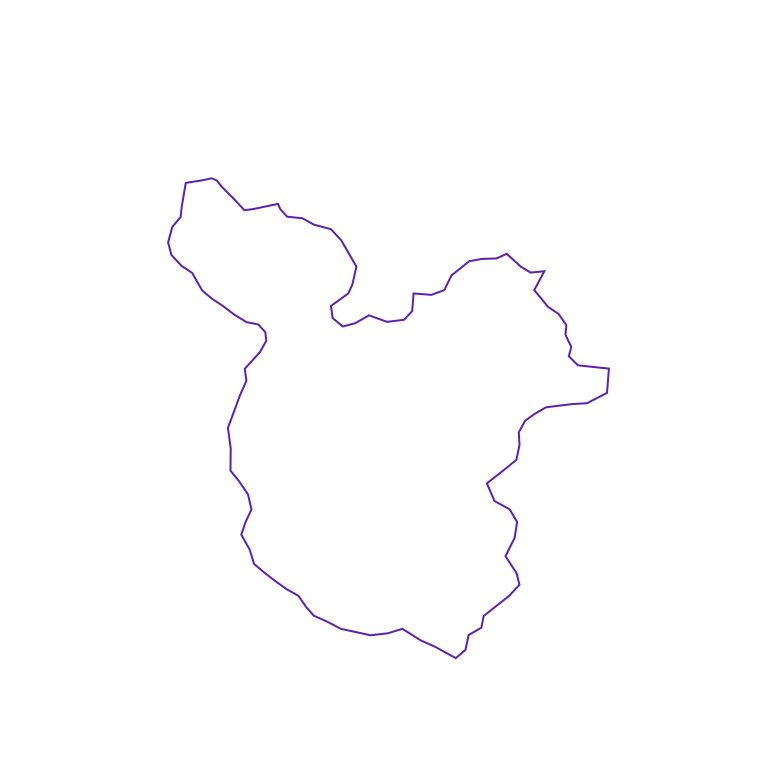 the district of Hapcheon-gun, South Gyeongsang, South Korea, rotated 330°
{"feature_id": "91817680B92973690121395", "entity_name": "Hapcheon-gun", "entity_type": "district", "adm_level": 2, "iso_a3": "KOR", "parent_name": "South Korea", "parent_adm1": "South Gyeongsang", "projection": "albers", "projection_center": [128.156, 35.595], "detail": "fine", "context": "isolated", "style": "outline", "palette": "violet", "viewbox_px": 768, "rotation_deg": 330, "n_neighbors": 0, "source": "geoboundaries", "source_scale": "gbopen_adm2", "svg_char_len": 1558}
<svg xmlns="http://www.w3.org/2000/svg" viewBox="0 0 768 768"><g transform="rotate(330 384 384)"><path d="M382.3,175.0L357.9,167.0L350.0,163.7L346.6,149.0L342.1,132.1L341.0,124.2L337.6,119.7L327.5,116.4L312.9,110.7L297.1,129.8L291.4,137.7L279.1,142.2L267.8,153.5L264.4,165.9L267.7,180.5L273.4,191.8L273.3,212.1L277.8,224.5L283.5,235.8L289.1,249.3L295.9,261.7L304.9,269.6L307.1,279.8L303.7,287.7L292.4,294.4L271.0,301.2L266.5,312.4L254.0,321.5L226.9,344.0L219.0,363.2L207.7,382.3L209.9,395.9L211.0,411.7L206.5,426.4L195.1,434.3L185.0,443.3L184.9,460.3L181.5,474.9L184.1,482.0L186.0,487.4L191.6,501.0L197.3,513.4L204.0,524.7L205.1,538.3L207.4,549.6L216.4,562.1L224.3,574.6L246.9,595.0L262.7,601.8L277.5,605.2L287.6,624.4L296.7,636.9L309.1,657.3L321.6,655.0L331.8,643.7L346.5,643.7L354.4,634.7L386.1,630.1L400.9,625.6L404.2,614.3L403.1,593.9L420.1,582.6L430.3,570.1L430.2,555.4L421.2,540.7L423.4,521.5L447.2,518.1L460.8,515.8L470.9,504.5L476.6,493.2L487.9,486.4L499.2,485.2L512.7,485.2L536.5,495.3L550.1,502.1L572.7,503.2L586.5,483.1L578.3,477.2L561.3,464.8L557.9,452.4L564.7,445.6L565.8,432.0L571.4,424.1L570.2,410.5L564.6,399.2L561.1,377.8L579.2,366.5L566.7,360.8L561.1,350.7L555.4,332.6L544.1,331.5L531.7,324.8L519.3,320.3L496.7,323.7L483.2,332.8L469.6,330.5L454.9,320.4L444.8,335.0L433.5,338.4L417.7,331.7L405.3,317.0L389.5,317.0L377.1,313.6L372.5,301.2L377.1,289.9L398.5,287.7L406.4,282.0L418.8,268.5L418.8,256.1L418.8,238.0L415.4,223.4L403.0,211.0L396.2,199.7L383.8,190.7L381.6,180.6L382.3,175.0Z" fill="none" stroke="#5b21b6" stroke-width="2"/></g></svg>